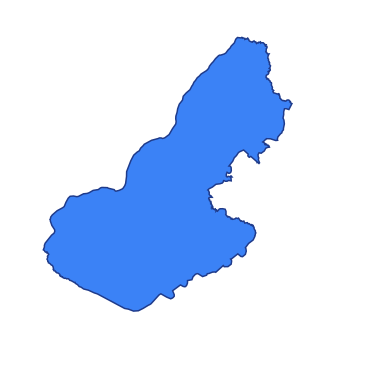 Wa West, Upper West, Ghana, rotated 47°
{"feature_id": "2480657B35206472883168", "entity_name": "Wa West", "entity_type": "district", "adm_level": 2, "iso_a3": "GHA", "parent_name": "Ghana", "parent_adm1": "Upper West", "projection": "robinson", "projection_center": [-2.68, 9.917], "detail": "fine", "context": "isolated", "style": "filled", "palette": "blue", "viewbox_px": 384, "rotation_deg": 47, "n_neighbors": 0, "source": "geoboundaries", "source_scale": "gbopen_adm2", "svg_char_len": 6011}
<svg xmlns="http://www.w3.org/2000/svg" viewBox="0 0 384 384"><g transform="rotate(47 192 192)"><path d="M268.8,180.0L267.3,176.2L266.8,175.9L266.6,175.0L265.8,174.3L265.5,173.2L264.5,173.0L263.7,172.2L261.2,171.6L260.0,170.6L258.7,170.8L258.3,170.2L258.0,170.4L257.5,170.2L257.4,170.5L256.6,170.7L256.7,171.1L256.3,171.0L256.2,171.5L254.1,171.8L253.6,172.6L252.2,172.4L250.7,174.6L248.6,173.9L248.1,175.1L247.1,175.5L246.8,176.0L246.5,175.7L245.8,176.2L242.8,175.8L242.6,176.7L241.5,177.2L240.9,178.0L241.1,178.5L239.8,180.9L239.1,181.3L239.0,180.9L238.5,180.8L238.3,181.4L238.1,181.1L237.2,181.6L235.9,181.4L234.7,182.7L234.5,182.3L233.2,182.9L231.4,182.6L231.3,182.1L229.3,180.3L227.2,179.5L225.1,181.0L223.5,182.8L223.1,183.6L223.4,186.5L222.3,186.7L222.3,187.2L221.7,186.3L220.9,187.0L220.2,186.5L219.9,187.2L220.2,187.5L219.0,187.9L218.0,187.6L217.9,188.3L217.4,187.7L217.2,188.0L217.1,187.3L216.7,187.5L216.9,186.9L216.4,186.7L216.1,186.9L215.2,186.3L213.8,186.3L213.6,185.9L213.3,186.1L213.1,185.5L212.4,185.1L212.1,185.3L211.7,184.6L210.5,185.1L209.5,184.7L209.4,184.3L208.3,184.4L207.8,183.6L208.2,182.4L209.6,180.9L207.9,180.7L206.9,181.1L205.5,181.1L204.0,179.6L201.8,178.8L201.3,179.0L201.3,177.2L202.3,173.8L202.7,169.2L205.0,166.0L206.1,163.8L206.0,162.5L205.2,161.1L205.5,160.7L206.8,160.4L208.1,158.9L208.5,157.4L210.6,155.7L208.2,153.8L207.5,153.7L207.6,152.9L208.1,152.5L207.3,152.4L206.8,152.5L206.5,154.1L205.2,154.8L205.1,155.9L204.5,156.2L204.0,156.2L202.4,154.8L201.5,152.9L203.4,152.4L204.0,151.5L204.0,150.1L203.2,148.7L200.8,146.7L199.7,146.4L198.7,146.7L198.2,147.2L197.3,141.3L195.8,137.8L195.7,134.7L194.9,131.4L195.0,129.9L196.5,125.6L202.6,125.1L203.7,126.5L204.9,126.6L205.7,126.4L206.1,124.7L214.2,123.9L214.8,124.4L215.2,123.8L216.8,123.6L216.7,122.7L213.7,121.5L212.6,119.9L211.7,119.7L209.8,118.4L209.0,116.2L210.8,115.0L211.3,111.1L210.3,108.2L211.0,106.2L212.0,104.8L210.8,104.3L210.5,104.6L209.7,104.4L209.3,105.2L208.2,104.9L207.8,105.6L207.6,105.1L207.0,105.2L206.7,106.1L205.8,105.5L203.7,106.1L203.9,104.9L203.7,103.1L204.0,102.2L203.7,101.3L206.5,98.4L211.5,95.6L212.6,94.1L211.6,93.6L210.3,91.6L209.8,87.5L210.0,86.0L209.1,84.6L208.9,82.8L207.8,81.7L205.2,78.0L202.2,75.8L200.0,75.0L197.9,72.1L195.9,70.3L194.2,67.6L195.3,66.3L197.8,64.9L195.5,58.6L194.4,59.1L193.6,58.6L192.9,59.0L192.7,58.4L190.7,58.5L189.6,59.7L189.5,61.5L188.4,62.0L188.3,62.5L187.3,62.8L186.9,63.4L184.8,63.8L184.4,63.5L183.2,63.7L182.7,63.0L182.2,62.9L182.0,62.5L180.7,62.0L180.2,62.3L179.6,61.9L179.7,61.5L179.2,61.5L178.6,62.7L175.0,64.7L173.7,64.3L173.5,63.0L171.5,63.3L170.3,61.8L167.8,61.0L167.2,60.1L166.2,59.4L164.8,59.8L164.2,59.2L162.2,59.5L161.8,59.0L160.9,59.3L160.6,60.1L159.8,59.5L158.9,59.8L157.8,58.8L157.3,57.9L157.8,56.1L157.3,54.6L156.7,54.1L156.4,54.4L155.8,54.2L155.9,53.5L156.5,53.0L156.2,52.4L156.3,51.7L155.3,50.9L154.3,51.3L154.1,50.0L153.3,48.5L151.3,48.3L150.5,47.1L149.8,47.2L149.3,46.7L147.9,46.4L147.0,45.4L145.9,45.4L144.3,43.5L143.6,41.6L143.2,42.3L142.6,42.2L142.3,42.6L140.8,42.2L140.6,42.5L139.7,42.3L139.7,41.9L137.8,39.8L137.7,38.8L136.6,37.9L135.5,38.7L134.9,37.4L134.2,38.4L133.6,38.3L133.6,38.0L131.5,38.1L129.9,39.6L129.9,40.1L128.9,39.6L128.8,40.2L128.1,40.8L128.3,41.5L127.8,41.6L127.4,43.5L126.7,43.2L126.4,43.4L125.7,43.0L124.5,43.9L123.8,43.6L123.3,45.4L123.5,45.7L122.7,46.2L120.9,47.0L120.0,47.0L119.2,46.5L118.0,46.9L118.2,46.4L117.4,46.3L117.2,47.8L116.7,48.7L116.2,48.6L116.3,49.2L115.3,48.9L113.8,49.7L113.8,50.2L112.9,50.1L112.7,51.1L110.0,53.4L110.1,55.8L111.8,59.3L112.0,63.8L112.7,66.1L112.7,68.6L113.4,72.4L113.1,74.1L111.5,77.6L110.7,78.5L110.4,79.6L110.5,83.9L111.2,87.6L111.3,90.1L111.9,93.5L112.8,95.3L113.1,97.2L113.0,99.2L111.9,104.9L112.2,107.5L112.0,110.2L112.8,113.5L113.0,115.6L114.2,118.5L114.4,119.8L115.8,123.7L115.6,128.6L116.0,133.1L118.3,136.3L119.1,141.4L121.4,145.8L123.5,148.5L125.5,152.0L127.3,153.9L129.7,155.6L131.2,157.5L132.4,163.1L134.4,169.6L133.8,174.9L133.3,176.1L132.8,177.0L131.4,177.7L130.2,179.0L129.8,180.3L126.6,186.3L124.5,194.4L124.8,195.9L124.9,199.7L125.9,202.4L125.4,204.9L125.3,209.5L127.4,215.4L132.5,225.9L136.0,229.3L140.4,234.6L141.5,236.8L142.2,239.6L142.2,240.9L141.1,244.2L139.5,247.1L138.8,247.4L137.2,247.3L132.2,250.6L131.1,250.9L127.2,254.8L126.6,256.1L126.3,258.9L123.4,263.2L122.3,267.9L121.5,269.7L119.3,272.6L117.7,278.2L116.8,279.5L114.1,281.4L112.0,284.1L112.1,286.8L113.6,291.3L115.5,295.4L115.3,297.3L113.7,303.4L113.5,309.9L114.0,312.5L114.9,313.5L115.2,314.6L115.7,314.6L116.6,315.4L120.9,317.3L125.9,318.2L127.2,319.2L128.0,320.9L127.8,324.2L129.3,334.3L130.3,336.3L131.6,337.5L132.9,340.2L134.0,339.9L135.5,340.2L136.4,339.9L136.7,339.2L136.9,339.4L137.3,339.1L137.9,339.6L138.1,339.1L139.8,339.2L140.4,341.6L141.2,341.8L142.3,343.9L143.5,344.1L144.4,344.8L145.1,344.7L145.8,345.3L147.4,344.7L149.5,344.7L150.0,344.3L151.5,344.4L153.5,345.5L153.8,346.2L154.4,346.0L154.8,346.5L155.6,346.6L156.5,345.9L157.8,346.2L158.2,345.9L158.9,346.0L160.0,345.2L161.9,344.9L162.4,345.0L163.0,345.7L163.3,345.4L164.1,345.6L164.4,345.1L165.1,345.2L165.6,344.6L165.9,344.9L166.9,344.7L168.1,344.2L168.9,343.2L170.1,342.9L170.6,342.0L171.4,341.5L173.3,341.6L174.3,340.9L178.1,339.7L178.4,339.2L179.3,339.6L181.7,338.9L184.2,339.0L186.0,338.0L189.0,337.4L193.2,334.7L199.1,332.3L202.0,330.7L231.2,320.7L234.3,318.4L239.2,316.0L242.3,312.2L243.8,307.1L245.1,300.8L245.5,299.9L245.8,298.1L244.8,286.3L245.2,284.2L251.6,282.2L255.6,280.4L256.1,279.0L256.3,277.6L256.1,276.1L254.9,275.0L251.0,273.5L252.1,263.8L255.0,262.9L256.4,261.9L256.8,261.1L256.5,259.3L255.5,257.4L253.7,255.7L256.1,251.9L254.7,249.1L254.5,245.7L255.1,244.1L255.9,243.3L261.1,241.9L262.8,238.1L262.2,236.5L263.1,235.3L264.6,231.6L266.3,229.6L266.9,229.4L267.1,219.3L268.6,219.4L271.1,216.6L271.5,212.6L269.8,210.4L268.8,209.6L267.4,209.5L267.9,208.2L268.5,200.7L272.5,200.2L273.8,199.1L274.0,195.5L272.3,192.7L270.2,191.2L269.2,191.0L268.2,185.7L268.8,180.0Z" fill="#3b82f6" stroke="#1e3a8a" stroke-width="1.5"/></g></svg>